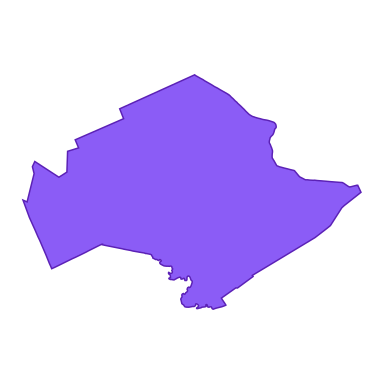 outline of Purani, Teleorman, Romania
{"feature_id": "2599482B66350034268187", "entity_name": "Purani", "entity_type": "district", "adm_level": 2, "iso_a3": "ROU", "parent_name": "Romania", "parent_adm1": "Teleorman", "projection": "orthographic", "projection_center": [25.428, 44.372], "detail": "fine", "context": "isolated", "style": "filled", "palette": "violet", "viewbox_px": 384, "rotation_deg": 0, "n_neighbors": 0, "source": "geoboundaries", "source_scale": "gbopen_adm2", "svg_char_len": 5902}
<svg xmlns="http://www.w3.org/2000/svg" viewBox="0 0 384 384"><path d="M29.4,217.5L33.2,225.9L34.8,229.4L38.0,236.8L39.6,240.1L46.0,255.0L49.5,263.7L50.3,265.4L51.7,268.7L54.8,267.3L58.7,265.4L72.5,258.6L75.2,257.4L79.6,255.3L86.1,252.1L88.5,250.8L92.5,248.8L98.5,245.8L101.0,244.6L101.4,244.4L102.0,244.2L102.4,244.2L102.2,244.7L104.8,245.3L114.3,247.2L122.4,248.8L123.9,249.2L130.9,250.5L132.7,251.0L142.4,252.7L143.8,252.9L144.9,253.2L145.1,253.3L145.6,253.5L145.8,253.6L146.2,253.6L146.5,253.5L147.3,253.7L150.3,254.3L151.5,254.8L151.6,255.4L151.8,255.8L152.6,256.8L152.7,257.1L152.8,258.0L153.1,258.2L154.9,259.1L155.3,259.4L155.6,259.5L155.9,259.6L156.5,259.4L156.8,259.4L157.1,259.6L157.7,260.1L158.4,260.4L158.8,260.5L159.0,260.4L159.3,259.8L159.4,259.7L159.7,259.6L160.1,259.6L160.4,259.7L160.8,260.1L161.1,260.5L161.3,260.8L161.2,261.1L160.2,261.8L160.0,262.0L159.8,262.3L159.8,262.6L159.8,263.0L160.0,263.4L160.3,263.8L160.6,264.1L162.2,265.0L163.8,265.8L164.2,265.9L164.8,266.0L166.6,266.2L168.4,266.2L169.1,266.3L169.6,266.3L170.2,266.1L170.7,266.1L171.2,266.2L171.5,266.4L171.8,266.7L171.9,267.2L172.0,267.9L172.6,268.9L172.7,269.0L172.3,269.5L171.9,270.2L171.8,270.4L171.8,270.7L172.3,271.3L172.4,271.7L172.3,272.1L172.3,272.5L172.0,272.9L171.7,273.2L171.5,273.3L171.2,273.4L170.7,273.4L170.2,273.2L169.7,273.1L169.2,272.6L168.9,272.4L168.8,272.5L168.6,272.5L168.5,272.9L168.5,273.3L168.7,273.7L168.8,274.0L169.1,274.2L169.6,274.4L169.9,274.7L170.1,275.0L170.2,275.3L170.3,275.6L170.4,276.4L170.5,277.2L170.5,277.4L170.3,277.6L169.1,278.1L168.9,278.3L168.9,278.6L169.0,278.8L169.3,279.0L169.9,279.3L170.3,279.5L170.7,279.5L172.1,279.6L172.9,279.8L173.9,279.9L174.1,279.9L175.3,279.2L176.1,278.8L177.1,278.2L177.6,277.9L179.1,277.4L179.8,277.2L180.2,277.3L180.5,277.4L180.7,277.6L180.9,278.5L180.9,278.8L181.0,279.0L181.5,279.1L182.0,279.1L182.5,278.9L183.4,278.4L183.7,278.3L183.9,278.3L184.2,278.4L184.3,278.6L184.7,280.0L184.9,280.3L185.0,280.5L185.3,280.5L186.2,280.5L186.4,280.5L186.6,280.3L186.8,280.1L186.9,279.8L186.9,279.6L187.0,279.0L186.9,278.2L187.0,277.5L187.1,277.1L187.2,276.8L187.5,276.5L187.8,276.3L188.0,276.1L188.3,276.0L188.5,276.0L188.8,276.1L189.2,276.3L189.5,276.6L190.0,277.2L190.2,277.6L190.6,279.0L191.2,280.3L192.0,280.9L192.1,281.1L192.2,281.4L192.2,281.8L192.2,282.3L191.9,283.3L191.6,284.2L191.1,285.7L190.3,287.1L190.1,287.3L189.8,287.4L189.5,287.5L189.3,287.4L189.1,287.2L188.7,287.1L187.7,287.7L187.5,288.1L187.5,288.4L187.2,288.9L187.1,289.1L187.2,289.4L187.2,289.6L187.5,290.0L187.6,290.3L187.5,290.9L187.5,291.1L187.1,291.5L186.9,291.9L186.8,292.1L186.1,292.5L185.8,292.7L185.3,293.5L185.1,293.9L184.9,294.0L184.7,294.2L184.4,294.2L184.0,294.1L183.6,293.6L183.4,293.5L183.2,293.6L182.7,293.8L182.2,294.2L182.0,294.5L181.9,294.7L181.8,295.1L182.0,295.8L182.0,296.4L181.9,297.2L181.2,298.1L180.9,298.7L180.8,299.4L181.1,300.4L181.4,301.7L181.5,302.2L181.7,302.6L181.8,303.5L182.0,303.8L182.4,304.1L182.9,304.5L183.2,304.6L183.4,304.8L183.7,305.1L184.6,306.5L184.8,306.7L185.3,306.9L186.4,307.1L188.5,307.2L189.4,307.1L191.1,306.8L192.5,306.5L194.0,306.5L194.4,306.4L195.2,305.8L195.5,305.4L195.6,305.1L195.6,304.3L195.7,304.1L195.9,303.9L196.1,303.8L196.3,303.8L196.7,303.9L197.5,304.4L198.1,304.9L198.3,305.1L198.4,305.4L198.5,305.6L198.5,305.9L198.3,306.4L198.1,306.8L196.9,307.7L196.7,307.9L196.6,308.1L196.6,308.3L196.7,308.5L196.9,308.6L197.2,308.6L197.8,308.6L199.0,308.2L200.1,308.0L201.0,307.8L201.6,307.4L202.0,307.2L202.6,307.1L203.8,307.0L204.8,306.9L205.4,306.7L205.8,306.6L206.0,306.4L206.0,306.1L205.8,305.5L205.8,305.2L206.0,304.7L206.5,304.5L206.8,304.6L207.1,304.9L207.2,305.2L207.4,305.7L207.5,306.4L207.7,306.7L207.9,307.0L208.3,307.1L208.6,307.2L209.0,307.2L210.2,306.8L210.5,306.8L210.9,306.8L211.2,306.9L211.4,307.1L211.6,307.5L211.9,308.1L212.1,308.5L212.4,308.8L212.9,309.1L213.2,309.2L216.0,308.2L216.8,308.0L220.4,307.1L221.7,306.8L222.6,306.5L224.7,305.7L225.6,305.3L225.9,305.1L224.2,302.4L223.8,302.0L223.7,301.7L222.4,299.8L221.4,298.1L235.8,287.9L237.5,288.0L253.1,276.5L252.3,275.4L275.4,261.5L315.0,237.6L326.8,228.5L330.4,225.6L341.8,207.8L344.3,205.5L361.0,192.3L357.8,185.4L357.2,185.6L357.0,185.2L351.5,186.6L350.1,186.9L349.4,186.9L348.5,186.5L346.8,185.4L343.8,183.3L342.4,182.6L342.0,182.5L340.1,182.4L331.1,181.7L325.6,181.2L316.9,180.5L315.5,180.3L314.3,180.2L313.3,180.3L309.8,180.1L307.5,179.8L306.0,179.8L305.6,179.8L305.2,179.7L304.6,179.4L303.3,178.7L299.8,176.9L299.4,176.5L298.7,175.8L296.1,172.6L295.2,171.6L294.8,171.0L294.4,170.7L294.1,170.5L293.7,170.4L290.3,169.6L287.7,168.9L284.4,168.1L281.1,167.2L279.5,166.8L278.1,166.2L277.4,166.0L277.2,165.9L276.9,165.7L276.6,165.4L273.8,160.4L273.4,159.9L273.0,159.1L272.6,158.6L272.3,158.1L272.2,157.5L272.1,156.5L272.2,154.3L272.3,153.4L272.5,152.1L272.5,150.9L272.4,150.3L272.0,149.1L271.6,147.8L271.0,146.5L270.3,144.6L269.4,143.0L269.3,142.6L269.3,141.9L269.3,141.2L269.6,140.0L269.9,138.8L270.1,137.9L270.3,137.5L270.8,136.8L271.4,136.1L272.5,135.1L273.2,134.1L273.7,132.9L274.1,131.7L274.6,129.7L274.7,129.2L275.0,128.9L275.8,128.0L276.1,127.5L276.2,126.9L276.1,125.9L275.9,124.9L275.6,124.1L274.9,123.3L274.4,122.7L273.8,122.3L273.0,122.0L270.0,121.0L268.4,120.5L266.6,120.1L264.1,119.7L262.6,119.4L259.9,118.6L258.8,118.4L257.4,118.0L255.0,117.3L253.8,116.8L252.9,116.6L252.2,116.3L251.5,115.9L249.4,114.6L248.9,114.2L245.8,111.2L244.2,109.4L242.4,107.7L240.9,106.2L237.7,103.3L236.8,102.2L235.9,101.5L235.3,101.0L233.1,98.7L231.5,97.3L230.6,96.4L230.0,95.7L228.9,94.9L228.4,94.6L228.5,94.5L227.5,93.9L220.1,89.7L217.5,88.1L214.5,86.6L211.7,84.8L206.6,81.9L204.5,80.7L203.1,79.7L202.0,79.1L200.8,78.5L198.5,77.2L196.0,75.8L195.2,75.3L194.7,74.8L119.7,108.8L123.6,118.7L75.2,139.8L78.6,147.9L67.6,151.3L66.9,172.1L58.9,177.2L34.8,161.5L32.4,166.7L34.1,173.6L27.1,201.9L23.0,200.1L29.4,217.5Z" fill="#8b5cf6" stroke="#5b21b6" stroke-width="1.5"/></svg>